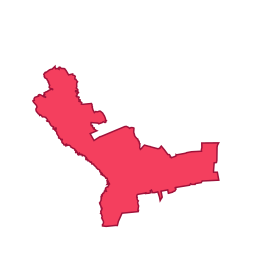 the district of Jantetelco, Morelos, Mexico, rotated 152°
{"feature_id": "50627088B92238721973394", "entity_name": "Jantetelco", "entity_type": "district", "adm_level": 2, "iso_a3": "MEX", "parent_name": "Mexico", "parent_adm1": "Morelos", "projection": "albers", "projection_center": [-98.756, 18.67], "detail": "fine", "context": "isolated", "style": "filled", "palette": "rose", "viewbox_px": 256, "rotation_deg": 152, "n_neighbors": 0, "source": "geoboundaries", "source_scale": "gbopen_adm2", "svg_char_len": 5939}
<svg xmlns="http://www.w3.org/2000/svg" viewBox="0 0 256 256"><g transform="rotate(152 128 128)"><path d="M192.2,198.1L195.7,198.8L197.0,198.2L197.6,197.1L197.7,196.5L199.0,196.8L199.3,196.1L199.1,194.6L198.2,190.9L198.5,189.2L200.4,188.0L200.9,186.8L201.1,185.8L200.5,182.7L199.9,181.4L200.1,180.6L199.0,180.6L198.6,179.4L198.4,178.0L197.9,177.9L196.5,176.9L195.5,175.8L195.6,175.1L195.1,173.4L195.5,172.6L196.0,172.3L196.4,172.4L196.4,172.1L196.1,171.7L195.3,171.4L194.7,171.0L194.7,170.4L195.0,169.8L194.7,168.8L194.7,168.1L195.0,167.7L194.9,167.2L194.7,166.1L194.2,165.1L193.2,164.1L193.4,163.5L194.2,163.2L194.6,162.2L193.7,161.6L192.1,162.0L191.6,161.9L191.5,161.6L192.3,160.5L192.9,161.0L193.5,160.9L193.6,160.7L192.9,158.0L193.5,156.3L193.2,153.0L193.3,152.6L193.9,151.9L193.8,151.6L192.8,150.6L192.8,149.1L192.6,148.9L191.6,149.1L191.4,148.8L191.5,148.5L192.2,148.5L192.4,147.5L192.9,146.9L193.0,146.5L192.9,145.4L192.3,144.8L192.5,143.2L191.7,142.6L190.1,142.8L189.7,142.4L189.8,142.1L191.2,141.8L191.3,141.4L189.0,141.0L187.8,140.2L187.3,139.1L187.3,137.7L186.5,136.8L186.2,136.1L185.4,135.2L184.9,134.1L185.3,133.6L185.3,133.2L184.6,132.7L184.5,132.2L185.6,131.3L185.7,130.8L185.5,130.6L184.3,130.7L184.2,130.5L184.3,129.5L184.7,128.5L184.7,128.0L184.3,127.4L184.0,127.4L183.3,128.6L182.7,128.7L182.6,128.1L183.4,127.3L182.7,126.8L181.2,126.5L180.9,125.8L181.4,125.5L181.4,124.9L180.2,124.7L179.4,124.0L179.2,123.4L179.3,123.2L179.2,122.4L178.6,121.5L179.7,120.7L179.9,120.0L179.8,119.6L179.2,119.8L178.5,119.6L178.4,118.8L178.8,118.0L178.0,117.6L177.8,116.6L177.3,116.1L177.4,115.6L177.1,115.2L176.3,115.0L176.8,113.2L175.3,112.3L175.5,111.2L174.5,108.6L174.6,107.5L174.1,106.8L174.1,106.0L173.0,104.7L172.8,103.7L173.2,103.0L173.2,102.1L173.1,101.8L172.6,101.5L172.6,101.2L172.9,100.6L173.4,100.3L173.5,99.9L172.2,100.0L172.2,99.6L172.9,99.0L172.8,98.4L172.3,97.8L171.9,98.0L171.6,97.7L171.5,97.2L171.7,96.8L171.1,95.7L171.2,94.1L170.9,93.9L170.6,94.1L170.4,94.0L170.0,93.4L170.0,93.0L170.3,92.3L171.4,91.3L171.4,90.7L171.2,90.4L170.5,90.2L170.7,89.9L171.8,89.7L172.2,88.5L172.9,88.1L172.2,87.9L170.8,88.4L170.5,88.2L170.6,87.2L171.5,87.0L172.3,86.2L173.3,85.8L173.5,85.4L174.3,85.7L175.1,85.7L176.0,85.4L176.5,84.8L176.4,84.3L176.9,84.2L176.8,83.7L177.0,83.2L176.7,82.6L176.7,82.3L177.1,82.3L177.5,83.2L178.3,83.5L179.0,82.7L180.3,81.8L180.8,82.1L181.9,81.4L182.5,81.3L182.4,80.9L182.5,80.3L182.7,80.1L183.2,80.5L183.8,80.3L183.8,80.0L184.3,79.5L184.2,78.6L185.2,78.0L185.4,77.0L186.9,76.0L187.5,75.4L188.3,75.2L188.4,74.2L188.1,73.8L188.6,73.4L188.5,72.4L189.0,70.5L188.6,70.6L188.5,70.2L188.8,69.8L188.8,68.9L189.1,68.6L189.6,68.6L190.1,67.7L191.1,67.4L191.5,66.0L192.2,65.6L191.8,65.1L192.0,64.5L192.2,62.2L193.5,60.9L193.2,59.9L193.6,59.3L193.4,57.9L193.8,56.3L195.0,54.9L195.9,54.7L196.5,53.5L193.5,51.4L184.7,47.8L183.2,46.9L180.4,50.0L173.3,55.6L158.3,49.4L157.5,50.3L157.9,50.5L157.5,51.3L155.2,54.2L155.0,56.0L154.4,57.7L154.2,58.1L153.1,58.8L153.4,59.6L153.3,61.2L152.4,62.5L152.8,62.8L152.2,63.9L151.5,64.6L150.4,64.8L144.2,62.7L143.4,62.0L143.1,62.5L142.5,62.4L142.4,61.6L140.2,60.6L138.4,60.2L137.9,62.1L136.4,62.2L136.6,60.6L136.9,59.5L135.0,58.5L131.7,57.6L132.6,52.3L133.7,48.8L130.6,50.8L130.5,50.7L130.2,51.1L128.5,56.7L122.0,54.7L123.0,51.4L122.3,51.2L118.7,50.4L117.9,50.6L116.2,50.4L114.3,51.5L114.2,52.3L114.5,53.0L114.0,53.2L100.3,48.5L99.8,49.0L98.9,49.4L98.3,48.3L95.2,46.7L94.6,47.3L89.0,45.4L87.4,46.4L72.3,39.3L69.9,47.0L73.2,48.8L72.6,50.0L68.3,56.8L66.1,56.0L64.8,57.6L58.4,69.2L57.1,70.8L54.9,72.3L69.9,80.1L72.0,76.0L73.4,74.4L74.0,73.0L83.0,77.2L87.8,78.7L88.9,78.7L91.9,79.6L98.0,81.6L98.1,81.9L99.0,80.7L103.7,81.4L103.7,82.3L104.3,82.6L103.8,83.9L104.0,85.1L105.3,85.9L106.1,91.5L107.1,96.4L109.1,95.6L109.4,95.1L111.4,95.7L116.8,100.7L117.1,101.2L118.1,101.9L121.5,105.2L124.8,104.1L125.1,103.8L127.1,103.3L127.0,104.9L125.0,108.4L125.3,108.5L124.5,111.2L124.9,111.6L124.6,113.8L125.1,114.4L125.8,117.3L125.7,117.8L125.7,118.8L125.3,119.4L125.2,120.6L124.9,121.7L122.8,125.1L123.4,125.9L125.1,127.0L126.9,127.0L127.0,127.9L128.7,130.2L130.2,130.8L156.2,133.2L156.7,133.5L163.9,132.9L164.1,140.8L156.8,140.2L157.4,141.0L158.0,142.3L158.8,143.4L158.5,143.8L158.0,143.5L157.8,144.0L158.6,144.4L158.8,145.0L158.3,146.9L158.8,146.9L159.3,147.2L158.9,148.8L158.0,150.1L152.2,146.4L151.9,145.4L148.2,144.9L146.9,145.2L145.7,143.6L144.6,143.8L144.5,145.0L143.7,144.8L143.9,145.8L143.5,147.1L143.2,149.6L143.4,153.1L144.5,155.8L145.5,156.4L147.0,156.5L147.8,156.8L148.7,157.7L150.5,157.4L150.4,161.0L150.0,162.2L150.0,162.7L149.9,163.1L149.5,163.4L149.3,164.7L148.8,165.5L148.8,166.8L156.5,170.0L157.9,170.9L156.9,172.2L157.5,173.2L157.6,174.2L158.5,174.2L158.8,174.6L158.4,175.1L157.4,174.9L157.2,175.1L157.1,175.4L157.9,175.9L158.0,176.4L157.6,177.6L156.8,178.0L156.8,178.4L157.2,178.7L158.7,179.8L158.7,180.5L158.3,180.8L157.7,180.8L157.1,181.5L157.0,182.3L155.5,182.3L155.0,182.6L155.0,183.1L157.2,184.6L157.1,185.1L156.7,185.5L155.2,184.6L154.5,184.9L154.3,185.5L154.9,187.5L153.7,188.7L153.2,190.0L152.1,191.9L150.8,192.5L151.2,194.3L151.2,195.5L151.9,196.2L151.7,196.8L150.3,198.4L150.7,199.4L151.9,200.9L151.5,201.7L155.5,202.8L155.7,207.9L156.0,209.0L155.9,209.5L156.4,210.4L159.0,212.0L159.4,213.5L159.9,213.9L160.4,214.0L161.0,213.5L161.0,212.7L161.3,212.2L162.3,213.7L164.0,214.2L164.0,215.6L163.5,216.7L167.4,215.6L168.6,216.0L170.0,216.2L174.7,215.5L174.8,216.0L175.0,216.0L177.0,215.1L177.1,215.4L177.4,212.9L177.8,212.8L177.9,211.5L176.6,209.4L176.8,208.6L176.6,206.7L176.8,206.2L176.5,206.2L177.1,203.9L177.0,202.5L177.7,202.0L178.6,200.7L178.1,199.5L176.3,197.9L176.7,196.7L176.6,198.0L177.3,198.3L181.2,198.4L181.7,198.1L182.9,198.2L183.1,198.4L185.7,198.3L185.7,196.9L187.2,196.9L187.3,197.0L186.0,193.4L188.0,195.5L188.6,196.8L189.0,197.3L189.5,198.2L190.5,199.1L191.4,199.2L191.6,198.6L192.2,198.6L192.2,198.1Z" fill="#f43f5e" stroke="#9f1239" stroke-width="1.5"/></g></svg>